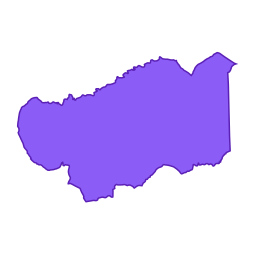 Derre, Zambezia, Mozambique, rotated 268°
{"feature_id": "85939544B72257349680566", "entity_name": "Derre", "entity_type": "district", "adm_level": 2, "iso_a3": "MOZ", "parent_name": "Mozambique", "parent_adm1": "Zambezia", "projection": "mercator", "projection_center": [36.148, -17.057], "detail": "fine", "context": "isolated", "style": "filled", "palette": "violet", "viewbox_px": 256, "rotation_deg": 268, "n_neighbors": 0, "source": "geoboundaries", "source_scale": "gbopen_adm2", "svg_char_len": 5747}
<svg xmlns="http://www.w3.org/2000/svg" viewBox="0 0 256 256"><g transform="rotate(268 128 128)"><path d="M196.1,164.8L197.7,162.9L198.0,162.4L197.9,162.1L197.5,161.9L196.0,161.8L195.4,161.3L194.8,160.4L194.4,160.0L194.1,159.0L194.0,156.9L194.4,155.7L195.2,154.7L195.2,154.0L194.8,153.2L194.3,153.0L193.5,152.9L192.5,152.6L192.1,152.2L192.4,150.1L192.2,149.2L191.1,146.8L190.9,146.6L189.8,146.9L189.1,146.7L188.4,146.1L188.3,145.1L188.4,144.4L189.2,142.8L189.8,141.9L190.0,141.1L189.8,140.5L189.6,140.2L188.6,139.3L188.3,138.6L188.4,137.9L188.8,136.2L188.6,135.9L188.2,135.7L187.1,135.7L187.0,135.9L187.0,136.8L186.6,137.1L186.1,136.9L185.7,136.4L185.6,135.6L185.6,135.0L186.1,134.5L186.4,134.0L186.4,133.6L185.8,132.7L185.6,132.0L185.5,130.8L185.3,129.9L185.0,129.4L184.9,129.4L183.4,130.0L183.1,130.1L182.6,130.0L182.5,129.6L183.1,128.3L183.2,127.5L183.1,127.0L181.9,125.4L181.4,125.0L181.0,124.9L180.3,125.2L179.3,126.0L179.0,126.1L178.8,126.0L178.7,124.7L178.3,123.7L178.5,122.7L178.5,120.7L178.8,120.2L179.5,119.7L179.6,119.4L179.5,119.0L179.1,118.7L177.9,118.6L177.4,118.5L176.7,118.0L175.8,117.1L174.1,117.1L173.8,116.8L173.4,116.2L173.2,115.4L172.8,114.6L172.1,111.8L172.2,109.0L172.0,108.6L170.2,107.1L169.8,106.4L169.7,105.0L169.1,103.6L167.9,102.0L167.2,101.6L167.2,101.3L167.3,100.9L168.2,100.0L168.3,99.6L168.3,97.6L167.7,97.2L167.1,97.3L166.7,97.7L166.4,98.3L166.2,98.5L165.9,98.4L165.6,97.9L164.7,95.6L164.4,95.2L163.1,95.5L162.4,95.4L161.9,95.2L161.5,94.5L161.7,93.6L162.5,91.7L162.6,88.4L162.3,87.8L161.8,87.2L161.7,86.5L161.9,85.5L162.4,84.7L162.6,83.9L162.2,83.3L161.1,82.5L160.3,81.3L159.2,77.7L158.4,76.9L157.8,76.6L157.6,76.2L158.2,75.5L159.4,75.3L159.4,75.1L159.2,74.8L158.6,74.3L158.5,74.1L158.7,73.8L159.7,74.0L160.6,73.9L161.6,73.2L162.5,73.0L163.0,72.7L163.1,72.4L163.4,71.3L163.6,71.0L163.6,70.7L163.4,70.4L162.9,70.2L161.6,70.1L161.0,70.0L160.5,69.7L159.8,68.7L158.9,68.4L158.7,68.3L158.8,67.9L159.1,66.2L158.9,65.4L158.6,65.1L156.1,64.5L155.0,63.9L154.1,63.7L153.4,63.2L153.0,62.5L153.2,61.9L154.2,60.7L154.5,59.9L154.8,59.6L155.6,59.5L155.8,59.3L155.5,58.8L154.8,58.1L155.2,57.8L155.8,57.9L155.6,56.2L156.6,54.5L156.5,53.7L155.5,52.5L155.2,51.1L155.5,49.8L156.3,49.5L156.7,49.1L156.6,48.4L156.2,47.6L156.4,46.0L156.1,45.0L156.5,43.0L156.9,42.6L157.9,42.0L160.0,39.3L161.5,38.3L161.7,37.9L161.6,35.6L161.2,34.0L160.6,32.5L159.1,30.8L158.1,29.4L157.4,28.9L156.5,28.6L155.9,28.2L155.2,26.9L153.6,25.1L153.1,23.6L152.2,22.4L150.8,21.9L150.0,21.4L147.3,20.2L145.6,19.8L140.9,18.9L139.7,18.8L137.7,18.3L133.7,17.8L132.9,18.1L132.0,18.7L130.8,19.0L129.6,19.0L128.6,18.8L127.2,18.1L125.5,18.6L123.6,19.5L120.1,20.9L116.3,22.6L112.4,23.5L110.7,24.7L108.9,26.2L108.0,26.5L106.3,26.5L105.4,27.5L103.7,28.4L102.0,29.7L101.4,29.9L100.5,29.6L100.3,29.8L100.2,30.2L99.5,30.4L97.3,32.6L96.7,33.5L96.2,35.3L95.9,35.5L95.2,35.7L95.1,36.6L94.3,37.7L94.3,39.4L93.8,40.3L93.2,41.0L92.3,41.7L90.9,43.6L90.1,44.3L88.7,46.3L88.6,46.7L88.5,47.7L88.8,49.2L89.0,52.1L89.4,53.4L89.7,55.0L90.6,57.3L91.0,58.1L91.4,58.6L93.7,59.9L95.2,60.5L96.0,61.3L96.0,61.5L95.2,61.7L93.0,61.8L92.7,62.1L92.6,63.0L93.3,63.7L93.5,64.2L93.2,65.1L93.0,66.5L92.6,67.8L91.8,68.0L91.1,68.0L88.0,67.1L86.0,66.9L83.3,67.4L80.6,68.6L80.1,68.6L79.6,68.6L78.5,68.2L76.4,66.9L74.8,66.3L74.4,66.3L74.3,66.9L74.7,68.1L74.0,69.7L72.6,72.1L71.7,73.6L69.4,77.9L69.1,78.1L67.6,78.6L65.5,79.4L62.4,81.0L61.0,81.5L60.0,81.2L59.4,81.3L57.5,82.3L55.8,83.5L56.9,91.4L56.6,92.6L56.6,93.8L56.7,94.3L57.3,95.2L58.6,95.6L59.1,96.3L59.2,97.3L59.8,99.5L59.6,101.2L59.3,101.7L59.2,103.2L59.4,103.7L60.7,105.5L61.0,106.2L60.9,107.3L59.6,108.9L59.5,110.3L60.2,110.5L65.7,110.8L66.7,110.6L67.1,110.8L67.5,111.8L68.1,112.7L68.8,112.5L70.3,112.6L71.1,113.2L72.0,114.4L71.5,115.8L71.4,116.9L71.4,120.2L71.6,122.4L71.3,123.7L70.8,124.4L70.5,125.5L70.9,126.3L70.9,128.1L69.5,130.6L68.9,131.2L68.1,131.7L67.8,132.3L69.4,134.6L70.1,136.1L70.2,137.7L69.8,139.9L72.3,141.2L73.4,142.7L74.1,143.4L75.9,143.9L76.1,145.5L77.4,146.5L77.7,146.9L78.3,148.5L79.5,148.7L80.4,150.6L83.6,153.6L85.2,154.5L86.1,155.5L87.0,156.8L87.5,157.9L87.9,159.4L88.4,160.5L89.7,161.6L90.2,162.5L89.9,163.5L89.5,166.3L88.8,168.9L87.8,171.7L87.3,172.7L85.3,175.3L82.9,177.8L81.0,179.1L80.6,179.5L80.3,180.1L80.5,180.8L81.4,182.8L81.5,184.2L82.5,185.5L82.8,186.3L82.6,187.1L82.9,187.9L83.7,189.1L84.0,190.4L84.8,191.0L89.1,192.0L89.2,192.3L88.9,193.3L88.0,194.4L87.7,195.5L87.9,196.0L90.4,197.1L90.4,197.3L90.1,197.5L89.1,197.4L88.7,197.7L88.6,198.0L88.5,199.0L89.2,201.1L89.2,201.5L88.8,202.4L88.7,203.1L88.9,203.8L89.6,204.8L89.6,205.7L89.4,206.6L88.6,207.5L88.7,208.0L89.1,208.7L89.1,209.7L88.6,210.7L87.4,211.3L87.0,212.0L87.5,213.1L87.9,213.3L88.3,213.4L88.8,214.1L89.3,214.5L89.5,215.6L89.3,217.0L89.5,217.8L89.8,218.0L90.7,217.9L90.9,218.4L90.7,219.3L90.9,219.4L91.3,219.5L91.7,219.4L91.8,219.3L92.2,219.3L92.4,219.9L92.5,220.0L93.1,220.1L93.5,220.6L94.2,221.0L95.3,221.1L96.2,221.8L97.0,222.3L97.5,222.8L97.8,223.4L98.4,223.5L98.9,224.9L100.0,225.3L101.6,229.3L116.2,229.2L144.0,229.5L168.3,229.8L179.8,229.6L180.5,231.2L180.8,231.5L182.1,232.4L184.1,233.2L185.1,233.5L186.1,234.1L187.8,236.4L188.3,238.2L189.2,236.2L189.9,235.2L195.8,226.9L199.2,222.5L199.8,221.3L200.1,220.2L200.2,219.7L198.5,216.2L197.0,215.1L196.7,214.6L196.2,212.8L195.3,211.6L194.3,209.3L193.3,207.6L191.7,205.5L190.1,202.6L189.1,200.3L188.4,199.5L187.6,198.6L185.6,197.0L184.2,196.5L181.9,195.1L180.4,194.7L178.3,193.1L178.7,192.5L179.7,191.6L181.1,190.0L182.8,187.5L183.7,185.9L185.0,184.8L186.3,182.8L189.2,181.2L190.1,180.4L192.7,178.8L193.7,178.7L193.6,177.5L193.8,177.0L194.3,176.4L194.5,176.0L194.4,174.5L194.5,173.2L195.4,169.8L195.4,168.0L195.7,166.6L195.8,165.5L196.1,164.8Z" fill="#8b5cf6" stroke="#5b21b6" stroke-width="1.5"/></g></svg>